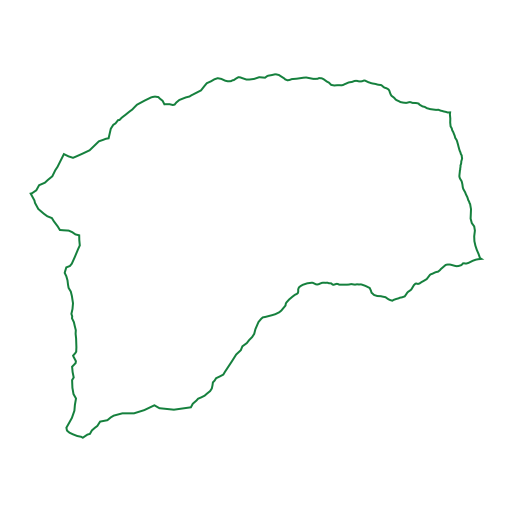 Gasetsho Om, Wangdi Phodrang, Bhutan
{"feature_id": "84629894B49729691627906", "entity_name": "Gasetsho Om", "entity_type": "district", "adm_level": 2, "iso_a3": "BTN", "parent_name": "Bhutan", "parent_adm1": "Wangdi Phodrang", "projection": "mercator", "projection_center": [89.831, 27.343], "detail": "fine", "context": "isolated", "style": "outline", "palette": "green", "viewbox_px": 512, "rotation_deg": 0, "n_neighbors": 0, "source": "geoboundaries", "source_scale": "gbopen_adm2", "svg_char_len": 5925}
<svg xmlns="http://www.w3.org/2000/svg" viewBox="0 0 512 512"><path d="M481.3,258.9L480.0,258.1L478.5,253.8L476.8,249.9L475.4,245.7L474.4,241.2L474.2,236.3L474.9,230.6L474.2,226.4L471.8,223.1L470.6,218.6L470.8,214.2L471.0,209.2L470.1,204.0L469.5,203.0L469.1,201.6L468.2,200.0L467.8,198.6L467.3,197.1L466.4,195.3L465.7,193.8L465.2,192.4L463.3,189.0L462.8,187.4L462.4,184.4L461.8,181.8L461.3,180.6L460.6,179.6L459.9,178.3L459.4,176.7L459.4,175.5L459.8,171.8L459.9,170.5L460.2,169.5L460.2,168.5L460.5,166.8L460.5,165.4L461.0,164.0L461.2,162.9L461.3,161.3L461.8,159.7L462.1,158.3L461.8,156.8L461.7,155.4L460.9,154.1L460.4,152.3L459.8,151.0L459.3,149.5L458.9,148.0L458.5,146.6L458.0,144.5L457.6,143.2L457.2,141.7L456.7,140.2L455.9,138.9L455.2,137.8L454.7,135.8L453.8,133.6L453.4,132.5L452.9,131.4L452.4,130.7L452.0,129.6L451.8,128.5L451.2,127.4L450.6,126.4L450.2,122.6L450.3,118.6L449.9,114.3L450.1,112.4L447.7,112.5L445.9,111.9L443.9,111.5L441.9,110.9L440.8,110.7L439.0,110.0L438.1,109.7L437.3,109.9L436.2,109.9L434.6,109.7L430.1,109.1L428.1,108.5L427.1,108.3L424.7,106.9L422.5,106.4L420.1,105.0L419.2,104.4L418.7,103.6L417.1,103.2L415.6,103.0L412.5,102.9L410.6,102.2L409.6,102.1L408.3,102.4L406.8,102.8L406.0,102.9L405.1,102.8L403.1,102.6L402.2,102.4L400.5,102.1L398.9,101.2L397.1,100.4L395.7,99.6L394.7,98.4L393.8,97.5L392.6,96.6L391.6,95.9L390.8,94.7L389.9,92.5L389.5,91.1L388.9,90.0L388.4,89.4L387.5,88.8L386.1,88.1L385.2,87.9L383.9,87.3L382.7,86.3L382.1,85.7L380.9,85.0L378.7,84.8L377.2,84.5L376.0,84.1L374.6,83.8L372.6,83.5L370.6,83.0L369.7,82.6L368.6,82.3L367.7,81.9L366.7,81.4L365.0,80.6L364.1,80.5L362.2,81.2L361.0,81.4L359.1,81.4L357.8,81.1L357.1,80.9L355.2,80.9L354.4,81.0L352.1,81.9L348.9,82.4L347.6,82.9L346.1,83.6L344.6,84.2L343.3,84.9L341.7,85.3L339.5,85.2L337.7,85.2L336.1,85.3L334.4,85.5L331.2,84.9L328.9,82.6L326.9,81.6L323.6,79.2L321.7,78.3L319.1,78.1L317.4,78.8L313.4,78.9L306.2,77.5L303.5,77.7L296.8,78.7L291.8,79.1L289.7,79.9L287.6,80.3L285.2,79.4L284.2,78.4L280.9,76.3L278.9,75.0L275.9,74.3L275.1,74.3L271.6,75.1L268.2,75.7L267.2,76.1L265.0,77.7L259.2,77.2L254.2,78.9L249.6,79.5L246.3,79.5L241.9,78.0L240.3,77.4L238.4,77.2L236.1,78.5L233.8,80.1L232.5,80.3L231.1,81.1L230.4,81.2L227.9,81.3L225.2,80.7L221.3,78.9L217.7,78.2L214.4,79.3L211.0,81.3L206.8,83.2L204.7,85.7L201.0,90.4L191.4,95.3L189.5,96.5L185.9,97.4L182.8,98.6L179.3,100.0L176.3,102.5L174.6,104.6L172.8,105.0L169.6,104.2L165.5,104.2L164.4,104.3L162.6,100.8L159.6,98.4L158.4,97.1L155.0,96.6L152.5,97.0L150.9,97.5L149.3,98.3L144.8,100.5L137.0,104.7L134.7,107.0L132.2,109.6L130.8,110.6L130.1,111.1L129.2,111.8L125.0,115.2L123.9,116.0L121.6,117.8L119.5,120.0L118.1,120.1L115.5,123.4L113.3,124.8L110.8,128.7L108.6,138.3L106.8,138.6L105.8,138.8L103.0,139.9L98.9,141.3L89.6,150.3L82.2,153.8L75.9,156.6L75.2,156.9L73.0,157.8L68.6,156.4L63.9,154.1L57.5,166.9L55.3,170.2L52.3,176.3L47.9,179.9L44.9,182.7L43.3,183.4L39.1,185.2L36.3,190.3L31.9,193.3L30.7,193.6L34.4,200.4L35.0,202.9L38.3,209.0L43.8,213.7L47.2,216.2L51.9,218.1L53.8,221.2L57.7,226.4L59.9,230.0L63.8,230.3L68.7,230.6L72.3,232.2L75.4,234.4L79.2,235.3L79.3,240.1L79.8,245.4L77.9,249.6L74.9,256.8L71.8,263.7L69.9,266.0L66.3,267.4L65.2,271.0L64.7,272.9L66.3,276.2L67.5,280.4L68.0,284.6L68.6,287.9L70.8,291.6L71.9,296.1L73.0,303.3L72.5,308.9L71.4,313.9L72.2,316.3L72.0,318.3L73.9,322.2L74.7,325.8L75.8,330.2L75.6,333.8L76.1,338.5L76.4,347.3L76.2,351.7L75.3,353.1L73.1,355.6L73.4,356.5L75.9,361.2L75.6,363.1L72.1,366.7L72.6,372.0L73.7,377.5L72.1,380.1L72.4,387.8L73.5,394.1L76.0,398.5L74.9,404.9L74.4,410.7L71.9,417.9L69.4,422.4L66.4,427.7L66.9,430.2L67.3,430.9L69.5,432.7L72.9,434.3L77.2,436.0L81.2,436.8L82.8,437.7L87.4,434.6L89.9,433.9L91.9,430.4L95.0,427.7L97.3,426.0L100.1,421.6L107.4,420.2L110.9,417.3L113.8,415.6L122.5,413.3L134.1,413.3L144.3,410.1L154.4,405.3L159.4,408.2L173.9,409.7L190.9,407.3L192.8,403.7L196.4,400.6L198.1,398.7L201.2,397.4L204.6,395.7L207.0,393.6L210.1,391.1L211.8,388.5L212.5,385.3L212.9,382.4L214.6,380.6L216.1,378.2L219.7,376.5L223.3,374.6L224.9,371.9L231.9,361.3L236.2,354.5L240.8,350.2L242.4,346.3L246.8,343.1L249.2,340.0L252.1,337.1L254.2,333.9L255.4,329.2L258.5,322.0L261.2,318.8L262.8,317.4L265.5,316.9L269.3,315.9L272.0,315.2L275.3,314.2L279.2,312.3L281.3,310.6L285.5,305.5L285.7,304.2L285.9,303.4L286.5,302.4L289.3,299.3L290.3,298.5L292.3,296.8L294.4,295.2L295.3,294.6L296.7,294.0L297.8,293.1L298.2,291.8L298.2,289.3L298.9,287.5L299.4,287.0L300.7,286.0L302.8,284.8L307.3,283.3L308.2,283.2L312.0,282.7L313.0,282.9L315.9,284.3L317.1,284.5L318.3,284.3L319.2,284.0L320.0,283.6L321.8,282.9L323.1,282.7L325.6,282.8L327.4,282.7L328.7,283.2L331.2,283.4L332.5,284.5L333.2,284.8L333.9,284.7L336.4,283.9L337.1,283.9L337.9,284.0L338.8,284.5L339.7,284.7L342.7,284.7L345.9,284.7L348.2,284.6L349.2,284.5L350.0,284.3L351.5,284.1L352.6,284.3L354.4,284.6L355.4,284.6L356.9,284.3L357.8,284.3L358.6,284.5L360.6,284.4L361.5,284.5L364.7,285.6L366.3,286.3L369.7,288.0L370.9,290.6L371.2,291.6L371.6,292.8L372.5,293.5L373.7,294.7L374.4,295.1L376.0,295.6L377.2,296.0L378.7,296.1L380.9,296.2L382.0,296.5L385.5,297.2L386.6,298.0L387.7,298.8L389.3,299.7L390.3,300.1L392.3,300.7L393.6,299.9L396.1,299.0L398.7,298.3L399.6,297.8L400.4,297.6L401.8,297.4L404.7,296.4L406.2,294.3L406.9,293.2L407.5,292.4L408.5,291.5L409.4,291.0L410.0,290.5L411.2,289.6L411.9,288.5L412.6,287.3L413.5,285.8L414.0,285.0L414.7,284.4L415.4,283.7L416.2,283.5L417.2,283.8L418.1,283.9L419.5,283.5L421.2,282.3L422.0,281.8L423.2,281.2L426.7,279.1L428.7,276.5L430.0,274.8L430.8,274.3L431.6,274.0L432.5,273.7L434.9,272.5L436.3,272.0L438.0,271.7L439.4,270.6L440.1,270.0L440.8,269.1L442.8,267.4L445.0,265.5L445.6,265.0L446.6,264.7L447.9,264.5L449.7,264.5L450.7,264.7L454.7,265.8L456.6,266.2L458.5,266.0L461.1,265.2L461.8,264.7L463.1,263.3L464.2,263.3L465.1,263.5L466.5,263.5L468.5,262.9L469.7,262.3L472.7,260.8L473.8,260.4L474.9,260.0L476.1,259.6L478.3,259.2L481.3,258.9Z" fill="none" stroke="#15803d" stroke-width="2"/></svg>